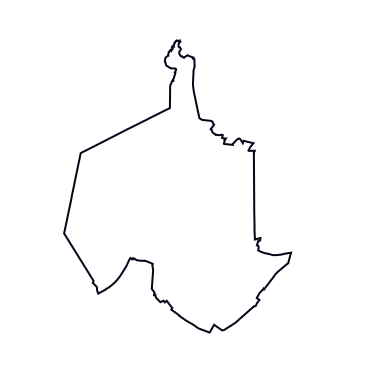 Gilze en Rijen, Noord-Brabant, Netherlands (Robinson projection), rotated 115°
{"feature_id": "6326949B41369938524082", "entity_name": "Gilze en Rijen", "entity_type": "district", "adm_level": 2, "iso_a3": "NLD", "parent_name": "Netherlands", "parent_adm1": "Noord-Brabant", "projection": "robinson", "projection_center": [4.88, 51.563], "detail": "fine", "context": "isolated", "style": "outline", "palette": "ink", "viewbox_px": 384, "rotation_deg": 115, "n_neighbors": 0, "source": "geoboundaries", "source_scale": "gbopen_adm2", "svg_char_len": 5048}
<svg xmlns="http://www.w3.org/2000/svg" viewBox="0 0 384 384"><g transform="rotate(115 192 192)"><path d="M119.6,205.1L122.4,213.4L122.3,213.6L122.2,214.9L122.1,215.1L122.1,215.6L121.9,216.7L121.4,216.9L115.1,221.7L100.1,232.9L94.2,236.6L81.7,241.7L81.7,241.8L81.3,241.9L77.1,242.7L70.0,246.3L70.6,246.3L70.7,246.5L70.8,247.3L70.8,247.5L69.6,247.4L69.6,247.8L70.1,253.3L70.0,254.0L71.0,254.5L71.7,255.0L72.2,255.3L72.6,255.5L73.7,255.9L73.8,256.0L73.6,257.1L73.3,257.7L73.2,258.1L73.4,258.7L73.8,259.1L73.6,259.5L73.3,259.9L72.8,261.0L72.5,261.4L71.9,262.0L71.5,262.2L70.8,262.5L70.6,262.7L70.3,262.8L67.8,262.4L67.3,262.5L66.9,262.7L66.7,263.1L66.2,263.7L66.0,264.0L65.9,264.2L65.9,264.3L66.1,264.6L66.2,265.0L66.0,265.3L65.9,265.4L65.8,265.6L64.2,266.5L63.4,266.7L63.1,266.7L61.3,266.3L61.1,266.1L60.7,266.0L60.5,266.4L60.3,266.6L60.5,266.6L60.6,266.9L60.6,267.1L60.3,267.3L60.6,267.6L61.1,267.7L60.8,268.2L60.8,268.4L60.9,268.7L61.0,268.8L61.3,268.9L61.4,269.2L61.4,269.3L60.9,269.3L60.9,269.6L61.2,269.9L61.5,270.1L62.0,270.0L62.3,270.4L62.5,270.6L62.8,270.7L63.3,270.6L63.8,270.4L64.0,270.4L64.5,270.5L64.6,270.9L64.7,271.0L64.9,270.9L65.1,270.8L65.2,270.7L65.5,270.6L65.8,270.5L66.0,270.5L66.5,270.5L66.7,270.4L66.9,270.6L67.2,270.7L67.3,270.8L67.6,270.8L67.6,270.6L67.5,270.4L68.0,270.3L68.1,270.1L68.4,270.7L68.5,270.8L68.5,271.0L68.8,270.9L69.0,271.0L69.0,271.3L69.3,271.3L69.5,271.4L69.8,271.3L69.8,271.2L69.6,270.8L69.8,270.7L70.2,270.2L70.3,270.0L70.5,269.9L70.7,270.0L70.6,270.3L71.1,270.2L71.9,270.3L72.2,270.4L72.5,270.5L72.4,270.7L72.4,270.9L72.4,271.0L72.5,271.0L72.8,270.8L73.0,270.7L73.0,270.8L73.0,271.0L72.9,271.2L73.0,271.3L73.3,271.4L73.4,271.5L73.2,271.7L73.8,271.8L73.9,271.7L74.1,271.7L74.4,271.8L74.8,271.7L74.9,271.8L74.8,272.0L75.0,272.2L75.6,271.9L76.0,272.0L76.8,271.8L77.0,271.7L77.5,271.6L77.9,271.4L78.3,271.4L78.4,271.2L78.5,271.1L78.7,271.3L78.9,271.4L80.3,272.2L80.6,272.5L81.0,272.6L81.3,272.7L81.7,272.7L82.4,272.6L82.8,272.6L83.1,272.4L83.5,272.3L84.3,272.0L84.6,271.9L84.9,271.7L85.1,271.8L85.2,271.7L85.3,271.6L85.5,271.2L88.3,268.7L88.5,266.6L88.6,266.0L88.8,264.2L88.9,263.7L88.1,261.6L87.4,260.0L87.2,259.6L87.1,258.9L87.7,258.1L88.2,258.1L89.1,258.1L90.7,258.1L90.9,258.1L90.9,257.8L91.0,257.7L90.9,257.5L91.2,257.4L91.9,257.2L95.2,256.8L96.4,256.6L96.9,256.6L97.3,256.6L97.6,256.7L98.8,256.6L98.7,256.4L99.0,256.1L99.0,255.9L99.3,255.8L99.6,256.4L99.7,256.9L101.3,256.8L104.0,256.7L104.9,256.7L125.3,247.5L130.1,251.4L142.8,261.5L145.0,263.1L163.3,277.7L165.0,279.0L188.9,297.6L203.8,309.3L248.1,298.8L248.5,298.6L255.8,296.9L283.6,290.4L304.3,258.7L306.8,254.9L314.2,243.6L316.4,243.4L316.5,242.9L317.5,240.1L318.2,238.5L318.6,237.9L319.9,237.1L320.6,236.9L321.1,236.6L323.7,234.0L322.2,232.9L321.9,232.7L318.6,230.3L318.5,230.2L317.2,229.1L316.9,229.1L316.6,229.1L314.3,227.5L313.3,226.9L311.3,225.8L310.2,225.3L307.5,224.1L306.3,223.6L303.8,222.8L301.5,222.2L299.2,221.7L298.4,221.6L294.9,221.1L287.7,220.2L286.5,220.1L284.2,220.2L283.8,220.2L281.0,220.2L279.7,220.1L277.9,220.0L278.3,217.8L277.2,217.7L277.4,216.5L276.7,216.5L276.9,214.7L277.2,213.6L277.1,213.1L277.0,212.5L276.5,211.2L276.2,210.2L276.0,209.5L274.8,206.8L274.4,205.6L274.2,205.6L274.0,203.4L273.8,200.5L273.8,199.6L273.8,198.9L273.8,198.1L273.9,197.0L274.9,197.1L279.5,194.1L296.8,187.5L299.2,183.2L301.5,183.0L301.6,182.9L300.9,181.7L301.2,181.6L303.1,179.8L305.2,174.1L303.2,172.4L302.5,171.8L303.5,169.9L301.3,168.9L305.4,161.1L305.6,160.7L307.4,161.0L309.2,151.3L309.6,151.3L311.0,143.3L311.7,135.2L312.9,128.4L312.4,122.1L311.9,116.6L303.0,115.8L303.1,115.5L303.1,115.4L304.7,106.1L303.4,104.6L302.8,104.1L292.5,97.6L291.4,97.0L286.8,95.1L278.3,91.4L269.8,87.7L269.5,87.6L269.4,87.4L269.2,86.9L268.1,86.0L267.7,86.1L265.9,86.1L264.6,86.0L261.3,85.3L260.7,88.5L254.9,88.1L250.6,86.6L249.2,86.3L249.7,85.5L233.6,82.0L233.1,82.0L232.6,81.9L231.6,81.7L230.7,81.4L228.1,80.5L226.4,79.7L217.3,75.5L216.0,74.7L205.2,76.6L206.4,78.4L208.0,80.7L208.0,80.8L209.9,83.4L210.0,83.4L210.6,84.1L211.2,85.0L213.3,88.4L214.8,91.4L215.0,92.0L215.2,92.8L215.5,95.3L215.6,95.8L215.7,96.2L216.0,97.6L216.6,99.8L216.8,100.9L216.9,102.1L217.0,104.1L217.0,104.3L217.0,106.6L216.9,107.5L216.2,107.6L215.0,107.7L213.7,108.4L212.9,108.9L212.8,109.1L212.8,109.3L212.9,110.6L208.5,111.3L208.1,110.8L207.4,109.8L206.1,110.1L204.8,110.5L208.5,114.9L198.0,120.3L197.9,120.2L184.7,126.7L152.4,142.0L130.1,152.6L128.5,152.4L128.3,152.9L128.2,152.9L130.6,157.5L130.5,158.3L130.0,158.2L127.9,158.3L127.4,158.3L126.7,158.2L121.8,156.9L122.4,159.7L123.8,166.9L126.3,166.6L124.9,168.7L123.7,170.6L123.7,172.1L125.1,173.2L131.6,175.5L131.8,175.5L132.1,175.1L134.9,183.3L134.7,183.5L134.3,183.7L133.9,183.7L131.4,184.0L131.3,184.4L130.6,184.2L129.2,183.9L130.0,185.7L130.2,187.7L127.5,188.1L127.6,189.3L128.3,190.3L128.9,191.3L129.4,192.3L129.7,193.6L129.8,194.7L130.2,194.7L129.6,197.3L128.9,199.2L127.5,200.2L127.2,201.6L121.7,200.4L121.0,201.8L120.6,202.2L119.7,203.1L119.5,203.3L119.5,203.6L119.6,205.1Z" fill="none" stroke="#020617" stroke-width="2"/></g></svg>